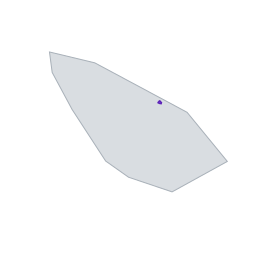 location of La Croix, Praslin, Saint Lucia, rotated 296°
{"feature_id": "8701671B12736855691443", "entity_name": "La Croix", "entity_type": "district", "adm_level": 2, "iso_a3": "LCA", "parent_name": "Saint Lucia", "parent_adm1": "Praslin", "projection": "natural_earth1", "projection_center": [-60.902, 13.874], "detail": "fine", "context": "in_parent", "style": "filled", "palette": "violet", "viewbox_px": 256, "rotation_deg": 296, "n_neighbors": 0, "source": "geoboundaries", "source_scale": "gbopen_adm2", "svg_char_len": 586}
<svg xmlns="http://www.w3.org/2000/svg" viewBox="0 0 256 256"><g transform="rotate(296 128 128)"><path d="M168.0,174.2L141.5,231.9L89.9,195.6L84.0,150.1L88.5,122.4L120.1,69.7L144.7,35.5L161.9,24.1L172.0,69.6L168.0,174.2Z" fill="#d9dde1" stroke="#a8b0b8" stroke-width="1"/><path d="M165.5,146.9L165.7,146.3L166.0,145.4L166.3,144.9L166.3,144.7L166.2,144.5L165.6,144.2L165.4,144.2L165.2,144.2L164.9,144.2L164.7,144.0L164.4,143.9L164.2,143.9L164.0,144.0L163.9,144.0L163.9,145.2L163.9,145.3L163.9,145.5L164.4,147.1L165.5,146.9Z" fill="#8b5cf6" stroke="#5b21b6" stroke-width="1.5"/></g></svg>